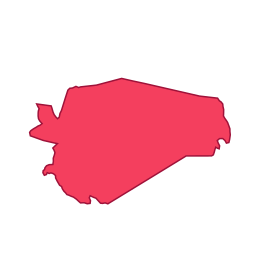 the district of Bom Jesus da Serra, Bahia, Brazil, rotated 335°
{"feature_id": "56859067B84581082225052", "entity_name": "Bom Jesus da Serra", "entity_type": "district", "adm_level": 2, "iso_a3": "BRA", "parent_name": "Brazil", "parent_adm1": "Bahia", "projection": "equal_earth", "projection_center": [-40.617, -14.382], "detail": "fine", "context": "isolated", "style": "filled", "palette": "rose", "viewbox_px": 256, "rotation_deg": 335, "n_neighbors": 0, "source": "geoboundaries", "source_scale": "gbopen_adm2", "svg_char_len": 1570}
<svg xmlns="http://www.w3.org/2000/svg" viewBox="0 0 256 256"><g transform="rotate(335 128 128)"><path d="M77.7,188.2L117.7,183.7L168.9,177.9L192.0,188.6L194.0,188.4L196.2,186.1L197.7,184.2L199.4,182.5L200.5,184.1L201.8,185.4L203.5,182.9L203.4,179.7L203.6,177.1L206.5,176.3L209.4,177.6L210.6,180.3L210.8,183.3L213.3,183.8L215.2,181.4L217.8,177.4L218.9,174.2L220.0,171.8L220.3,168.8L220.6,165.1L220.3,162.7L219.8,160.2L219.6,157.5L221.1,154.6L222.5,151.7L223.2,148.5L224.0,146.3L223.4,143.8L222.3,141.9L221.8,138.8L206.3,129.3L194.5,120.1L162.0,94.8L152.2,87.4L143.2,80.4L117.5,75.8L102.4,70.7L100.4,70.5L98.4,68.3L96.5,68.3L94.5,68.3L92.0,67.4L89.5,68.3L88.1,69.8L84.0,74.2L75.1,84.0L72.5,86.1L70.2,89.2L68.1,89.8L67.3,87.6L66.7,84.7L66.8,81.7L67.4,78.2L67.7,75.5L55.4,67.6L55.4,70.3L55.6,72.9L54.0,74.6L53.0,76.3L51.6,79.2L50.8,81.8L51.0,84.4L52.0,87.7L49.7,88.3L47.2,88.2L45.4,88.5L42.9,88.7L40.7,89.0L38.7,89.4L37.0,90.4L36.2,93.8L46.0,103.5L53.2,109.1L54.6,110.2L57.4,112.3L51.4,114.4L51.6,116.9L51.4,119.4L49.8,121.4L47.5,123.8L46.2,126.8L44.5,129.3L41.0,127.9L38.2,127.8L36.0,128.9L34.8,130.4L33.1,130.8L32.0,132.6L32.2,135.5L34.4,135.7L35.9,134.3L37.3,135.9L39.2,136.1L41.1,137.9L42.2,140.4L41.3,142.7L41.4,146.4L41.8,150.9L43.1,153.0L42.8,155.2L43.2,158.2L44.0,160.3L44.5,162.5L45.9,163.8L47.7,165.9L49.4,167.6L51.2,170.8L52.4,173.8L53.3,175.8L55.0,176.5L56.8,177.3L59.0,179.4L61.8,180.3L63.3,178.0L63.4,174.9L65.1,173.4L67.5,176.3L69.3,178.1L70.2,181.0L71.3,184.5L73.1,185.6L75.6,186.2L77.7,188.2Z" fill="#f43f5e" stroke="#9f1239" stroke-width="1.5"/></g></svg>